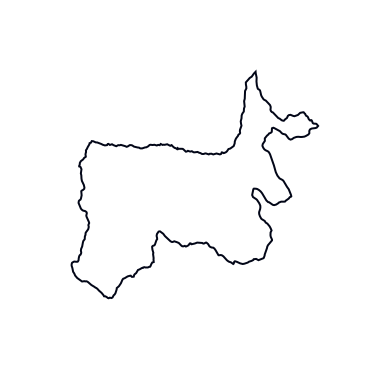 the district of Sacama, Casanare, Colombia, rotated 332°
{"feature_id": "7082276B28125615795996", "entity_name": "Sacama", "entity_type": "district", "adm_level": 2, "iso_a3": "COL", "parent_name": "Colombia", "parent_adm1": "Casanare", "projection": "equal_earth", "projection_center": [-72.205, 6.05], "detail": "fine", "context": "isolated", "style": "outline", "palette": "ink", "viewbox_px": 384, "rotation_deg": 332, "n_neighbors": 0, "source": "geoboundaries", "source_scale": "gbopen_adm2", "svg_char_len": 6069}
<svg xmlns="http://www.w3.org/2000/svg" viewBox="0 0 384 384"><g transform="rotate(332 192 192)"><path d="M68.6,246.7L69.8,246.7L71.1,247.8L72.3,247.8L74.4,246.4L75.5,246.2L76.9,245.4L79.6,242.8L80.5,241.5L83.2,240.9L86.4,239.2L89.4,236.8L90.5,236.3L92.2,236.5L95.5,236.3L97.4,236.7L98.6,237.1L99.0,238.6L99.2,238.8L100.8,239.4L102.0,238.1L102.8,237.7L104.6,237.4L107.7,235.5L109.3,235.7L112.1,235.6L113.1,236.0L113.5,235.7L114.8,236.1L115.3,236.7L117.6,237.9L119.3,238.0L119.7,238.3L120.5,238.0L122.3,236.5L123.8,235.6L125.3,235.9L126.4,233.4L127.1,232.3L128.5,228.5L129.3,227.6L130.0,224.3L130.9,222.0L131.2,221.5L131.6,221.3L132.2,221.2L133.8,221.4L134.6,221.0L137.9,217.9L139.1,217.3L139.7,215.9L139.9,214.9L140.3,213.9L141.4,212.6L143.9,211.3L144.5,211.4L145.3,211.8L147.0,215.4L147.4,218.2L149.9,225.5L150.9,226.8L151.8,227.1L153.2,227.2L155.1,229.2L156.4,230.8L157.4,234.3L157.9,235.3L158.8,235.9L160.4,236.2L160.8,237.1L161.5,237.4L163.9,237.4L165.4,236.6L166.2,236.4L166.8,236.9L166.8,237.7L167.0,237.9L170.3,238.8L172.8,239.1L177.1,241.8L177.7,242.8L178.3,243.1L180.6,243.2L181.0,243.5L181.8,245.6L181.9,248.0L182.4,249.2L183.6,250.5L184.5,251.0L185.2,252.3L185.5,254.4L185.7,260.2L186.0,260.5L187.5,261.0L188.6,261.8L189.5,263.5L190.8,268.7L191.7,270.6L193.5,272.6L194.6,274.9L195.2,274.8L196.6,273.4L197.4,273.3L198.9,274.8L201.0,277.6L203.0,279.4L204.6,279.9L208.1,280.5L209.6,280.3L212.3,280.8L214.2,280.8L214.9,280.3L217.2,281.2L218.7,283.4L224.0,284.0L224.5,283.8L226.3,282.2L226.8,281.4L231.9,276.7L232.7,275.7L234.0,274.7L239.9,272.3L240.3,271.6L240.5,268.5L241.0,267.0L242.4,264.6L244.2,263.3L244.4,261.0L244.4,258.8L243.7,255.3L242.7,253.6L242.6,251.7L240.8,248.6L240.6,247.9L240.6,245.2L241.0,242.9L241.8,241.3L244.2,239.0L245.2,237.6L245.9,236.1L246.1,233.5L245.7,229.5L245.4,228.6L243.5,225.1L243.7,222.9L247.5,218.3L248.3,218.1L250.1,219.2L251.1,220.1L252.1,221.8L252.9,223.8L253.3,226.0L253.7,234.4L254.5,236.7L255.3,237.3L257.1,240.9L257.6,241.6L258.5,242.2L260.4,242.6L262.9,242.4L263.7,242.1L266.2,242.4L269.0,243.9L269.8,244.1L270.6,243.7L274.4,243.2L275.8,242.5L277.4,242.6L277.7,242.4L278.1,240.6L278.7,235.0L278.3,232.0L278.0,225.5L277.8,224.5L277.5,223.8L275.7,221.1L275.1,217.6L275.3,213.8L276.8,207.0L278.6,195.4L278.6,194.2L278.5,192.7L278.0,191.6L276.5,189.6L275.9,188.2L275.7,186.5L275.8,184.6L276.1,183.9L277.1,182.8L280.3,181.1L281.5,178.8L284.8,177.4L286.4,177.1L287.5,176.5L289.1,176.7L290.0,176.6L290.7,176.3L292.5,173.3L293.9,173.4L294.7,174.3L298.2,179.6L298.9,182.3L299.5,183.3L301.4,185.0L301.7,185.6L302.4,190.0L302.7,190.8L303.6,192.0L305.2,192.3L307.3,192.0L310.0,192.4L311.7,193.1L314.0,194.6L315.4,195.2L317.3,195.9L318.9,196.0L321.8,195.9L323.2,195.2L324.2,193.2L325.3,192.3L326.0,192.1L327.6,192.2L331.0,193.5L332.3,193.7L334.4,192.9L334.0,190.8L333.6,190.0L331.4,188.6L331.0,187.8L331.3,185.4L331.2,184.7L330.9,184.4L329.9,184.4L329.5,183.3L329.3,182.5L329.5,180.2L329.3,179.3L328.6,178.4L328.5,177.4L328.6,176.1L328.3,175.6L328.1,174.2L327.7,173.8L324.7,172.9L321.7,173.7L318.1,173.2L317.2,172.5L315.2,170.1L313.7,169.6L312.4,169.8L310.6,171.2L308.2,171.6L306.7,172.2L306.1,172.0L304.9,170.8L303.8,168.3L302.9,167.3L300.8,159.8L300.0,158.8L299.7,157.6L299.9,156.2L301.0,154.6L301.5,153.6L301.7,151.9L300.1,146.0L299.0,144.4L298.7,143.7L298.4,140.6L298.5,139.0L299.5,135.3L299.7,134.2L299.4,133.2L298.8,132.3L298.6,131.6L299.3,128.4L300.8,124.7L302.8,121.3L304.0,117.1L304.6,115.7L302.2,116.5L298.9,118.2L296.5,118.4L291.0,120.5L290.1,122.3L289.4,124.5L288.6,126.1L286.3,127.7L282.3,134.5L280.7,136.2L278.6,141.3L277.1,142.7L275.5,145.3L273.3,146.4L271.8,147.7L270.3,150.2L268.2,152.5L267.4,154.6L266.8,156.7L263.6,159.6L262.8,160.8L262.2,162.5L261.4,163.0L259.9,163.2L259.0,164.0L256.4,165.2L255.3,165.9L253.5,167.5L252.5,169.1L250.4,171.0L246.2,171.6L244.4,171.2L241.9,172.5L240.6,172.8L238.9,172.7L238.0,172.4L237.6,171.5L236.8,171.0L235.7,172.0L234.3,171.9L231.7,169.5L228.4,168.8L227.1,167.3L225.3,166.5L224.5,166.7L222.3,164.4L221.6,164.1L220.2,163.9L219.3,163.5L218.5,162.9L217.8,161.7L216.4,160.3L215.8,159.3L212.7,158.1L212.0,157.6L211.0,155.9L209.7,155.6L209.0,155.1L207.7,153.7L206.3,153.8L205.5,153.5L204.4,150.2L204.0,149.5L200.5,147.6L200.0,146.7L199.4,147.5L199.1,147.4L198.3,145.8L197.3,144.8L196.5,142.9L196.0,141.0L195.8,140.9L194.8,141.1L194.4,140.9L192.5,138.2L190.0,137.5L189.1,136.9L188.1,136.6L186.9,134.9L185.5,135.5L184.2,134.5L182.8,134.4L180.9,132.6L179.4,132.1L177.5,130.8L176.6,130.6L174.6,131.1L172.7,131.1L171.5,130.6L168.4,130.1L167.1,129.4L166.5,128.8L166.1,128.0L164.8,127.1L162.1,124.7L161.1,122.8L160.1,121.9L159.0,121.4L156.6,121.6L155.5,121.4L154.5,120.1L151.3,117.0L150.1,116.8L148.8,116.0L146.6,116.0L144.7,113.8L143.8,112.3L141.6,111.9L140.8,110.3L140.1,110.1L139.0,110.7L137.0,110.0L135.3,108.3L134.6,107.2L131.6,103.8L130.3,103.0L128.7,100.9L127.4,100.0L125.9,101.0L124.5,100.8L123.8,101.7L121.0,103.4L119.3,104.7L118.4,105.1L117.8,105.6L117.2,107.0L116.4,107.8L115.6,108.8L114.8,111.0L112.7,111.3L111.2,112.1L108.3,112.6L106.7,113.6L105.7,115.1L104.5,116.1L104.4,116.5L105.1,117.1L105.3,117.6L105.1,120.0L102.6,123.4L102.1,125.3L100.7,128.3L100.0,130.5L99.8,135.0L99.1,137.6L98.3,138.6L96.8,139.0L95.5,139.0L94.6,139.3L93.0,143.1L91.0,145.5L90.1,146.3L88.3,146.6L87.8,146.9L86.7,148.4L86.1,154.5L86.4,155.9L87.1,157.3L88.5,158.5L89.0,159.2L89.4,160.4L89.2,161.3L87.6,163.2L87.3,164.3L86.9,169.9L86.7,171.0L86.4,171.4L85.4,172.1L84.9,172.7L84.6,174.0L84.2,174.7L82.8,176.2L79.1,178.0L78.3,179.0L77.9,179.8L76.6,180.9L75.1,183.3L73.1,184.2L72.1,185.2L69.4,188.6L67.5,190.1L66.3,191.7L65.9,193.2L65.4,194.0L64.2,195.0L63.2,195.1L62.2,195.8L60.9,197.3L59.8,199.0L58.6,199.8L58.2,199.8L57.1,199.3L55.3,198.1L53.3,198.1L52.7,198.3L51.8,199.3L51.1,200.6L50.7,202.9L49.6,206.6L49.8,208.7L49.6,210.9L50.3,214.1L52.9,219.4L55.1,220.2L55.7,220.8L56.6,221.1L57.2,221.6L57.9,222.7L59.5,226.9L61.3,229.9L61.9,231.2L62.5,231.9L63.1,233.4L63.5,235.2L64.8,238.6L65.4,241.5L65.4,242.8L66.6,243.5L67.5,245.0L67.9,246.0L68.6,246.7Z" fill="none" stroke="#020617" stroke-width="2"/></g></svg>